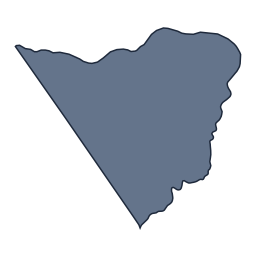 outline of Sibinal, San Marcos, Guatemala
{"feature_id": "79465075B17563879064897", "entity_name": "Sibinal", "entity_type": "district", "adm_level": 2, "iso_a3": "GTM", "parent_name": "Guatemala", "parent_adm1": "San Marcos", "projection": "robinson", "projection_center": [-92.035, 15.127], "detail": "fine", "context": "isolated", "style": "filled", "palette": "slate", "viewbox_px": 256, "rotation_deg": 0, "n_neighbors": 0, "source": "geoboundaries", "source_scale": "gbopen_adm2", "svg_char_len": 2328}
<svg xmlns="http://www.w3.org/2000/svg" viewBox="0 0 256 256"><path d="M240.6,54.5L239.7,52.3L237.7,48.7L236.2,46.3L234.3,44.1L228.1,39.0L217.7,34.0L200.4,32.2L193.4,34.3L185.8,33.9L181.8,33.2L177.7,31.2L168.0,28.4L163.4,28.0L156.5,30.5L151.5,34.4L144.1,44.6L140.5,46.6L136.7,50.4L135.2,51.1L131.0,51.5L127.7,49.9L123.3,49.1L116.8,49.6L110.4,51.9L103.4,57.9L97.5,62.1L92.0,63.4L88.7,63.1L83.3,61.4L79.7,59.0L69.0,54.2L59.9,52.3L53.0,52.8L49.0,50.8L45.4,50.1L41.1,50.1L37.0,51.7L34.4,51.7L30.6,49.4L25.3,48.6L19.6,45.3L16.3,45.6L15.4,46.5L65.4,117.9L133.3,216.5L138.9,224.8L140.1,228.0L140.8,226.3L141.4,225.2L142.0,224.5L146.8,219.9L147.6,219.0L148.3,217.9L148.7,216.8L149.2,215.9L150.0,214.9L151.6,213.7L152.7,213.4L153.8,213.2L154.6,213.1L156.2,212.8L157.5,211.9L158.4,211.4L159.7,211.3L161.6,211.2L162.8,211.0L164.1,210.3L164.7,209.6L165.4,208.5L167.5,205.5L168.6,204.8L169.6,204.1L170.4,203.5L171.0,202.9L171.7,202.1L172.3,200.8L172.5,199.9L172.8,198.2L172.7,196.9L172.4,194.6L172.2,193.3L171.6,191.6L171.5,189.9L171.6,188.5L172.1,187.7L173.1,187.4L174.4,187.9L175.5,188.7L176.6,189.4L177.6,189.8L178.8,189.9L180.3,189.4L181.1,188.3L181.4,187.5L181.7,186.3L182.0,185.2L182.2,183.5L182.5,181.8L183.0,180.8L184.4,180.7L185.5,181.5L187.3,182.4L188.7,183.0L189.5,183.0L190.6,182.9L191.8,182.6L193.6,182.3L195.8,181.7L197.3,181.0L198.7,180.1L199.9,179.5L201.0,179.3L202.3,179.6L203.3,179.2L203.7,178.6L204.5,176.8L205.4,175.9L206.6,175.2L207.5,174.6L208.1,173.8L208.2,172.7L208.1,171.8L208.5,170.1L209.6,169.2L210.1,168.1L210.5,166.9L210.8,165.6L209.8,161.7L210.4,157.8L210.8,154.7L210.7,150.5L210.3,146.0L210.2,144.2L209.9,142.5L209.8,141.4L210.3,140.6L211.2,140.0L212.4,139.4L213.0,138.8L213.4,137.8L213.4,136.8L213.0,135.9L212.4,135.1L211.8,133.7L212.5,132.4L213.3,131.8L214.8,131.2L216.0,130.5L216.5,129.1L216.2,127.2L215.9,126.3L215.6,124.6L215.7,123.6L216.2,122.8L217.5,121.5L218.8,120.4L219.7,119.3L220.3,118.2L221.2,116.4L221.7,114.4L222.1,111.7L221.6,110.3L220.7,108.0L220.6,106.4L221.0,105.2L221.8,103.6L222.8,102.4L224.2,101.3L226.6,99.6L228.4,98.0L229.8,96.7L230.3,96.0L230.9,94.5L230.9,93.5L230.5,91.7L228.5,88.4L227.7,86.6L227.3,84.9L227.2,83.6L227.7,82.1L229.6,79.9L232.8,76.1L235.5,72.8L236.7,71.5L238.3,68.8L239.4,66.7L240.1,63.7L240.3,60.2L240.6,54.5Z" fill="#64748b" stroke="#1e293b" stroke-width="1.5"/></svg>